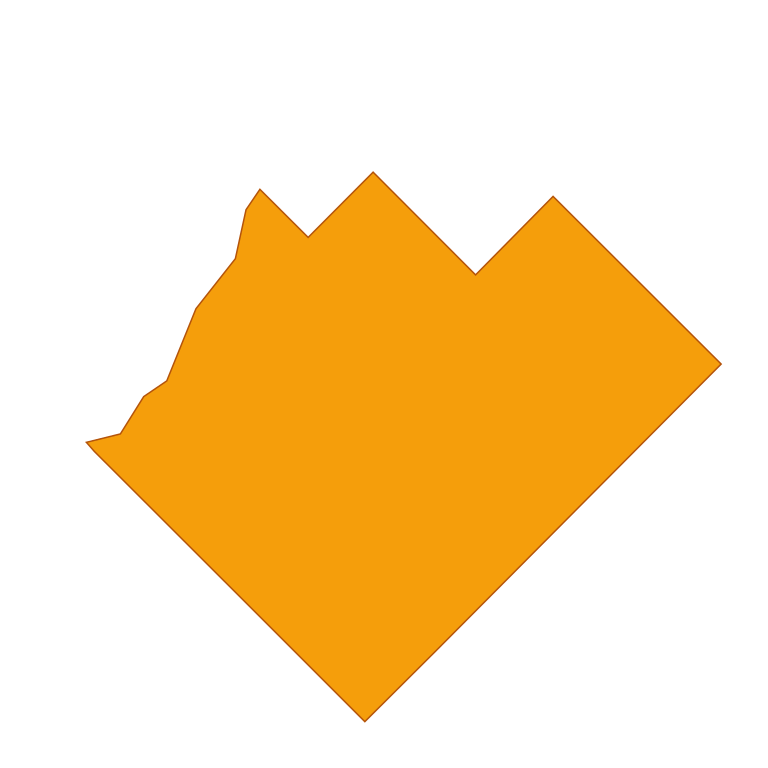 the district of Platte, Nebraska, United States of America, rotated 135°
{"feature_id": "52423323B76377234724165", "entity_name": "Platte", "entity_type": "district", "adm_level": 2, "iso_a3": "USA", "parent_name": "United States of America", "parent_adm1": "Nebraska", "projection": "natural_earth1", "projection_center": [-97.501, 41.538], "detail": "fine", "context": "isolated", "style": "filled", "palette": "amber", "viewbox_px": 768, "rotation_deg": 135, "n_neighbors": 0, "source": "geoboundaries", "source_scale": "gbopen_adm2", "svg_char_len": 387}
<svg xmlns="http://www.w3.org/2000/svg" viewBox="0 0 768 768"><g transform="rotate(135 384 384)"><path d="M131.8,397.1L242.1,396.4L241.9,541.5L334.0,541.3L334.1,609.4L358.3,604.8L400.5,577.7L463.7,570.2L535.4,539.8L562.8,545.0L605.7,535.1L635.7,553.2L636.5,541.1L636.3,302.1L636.3,158.8L535.3,158.6L131.5,159.7L131.8,397.1Z" fill="#f59e0b" stroke="#b45309" stroke-width="1.5"/></g></svg>